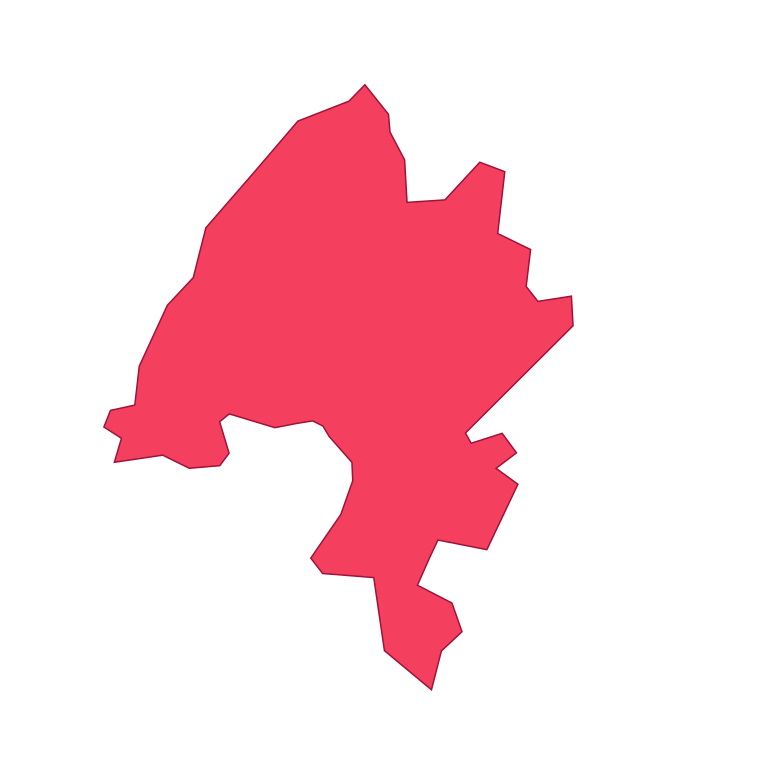 Andijan, Andijon, Uzbekistan, rotated 312°
{"feature_id": "79887680B74226906580742", "entity_name": "Andijan", "entity_type": "district", "adm_level": 2, "iso_a3": "UZB", "parent_name": "Uzbekistan", "parent_adm1": "Andijon", "projection": "robinson", "projection_center": [72.393, 40.799], "detail": "fine", "context": "isolated", "style": "filled", "palette": "rose", "viewbox_px": 768, "rotation_deg": 312, "n_neighbors": 0, "source": "geoboundaries", "source_scale": "gbopen_adm2", "svg_char_len": 879}
<svg xmlns="http://www.w3.org/2000/svg" viewBox="0 0 768 768"><g transform="rotate(312 384 384)"><path d="M593.6,169.6L570.8,168.7L521.8,144.1L454.0,145.8L380.9,147.1L335.4,171.1L297.6,170.3L233.5,190.2L201.6,212.9L181.4,198.4L164.6,204.6L168.0,225.2L145.4,236.0L183.0,267.1L191.1,295.7L213.4,316.6L228.9,315.2L246.0,287.1L258.2,289.0L278.6,332.2L296.0,345.3L308.8,355.6L311.9,366.7L308.3,378.3L304.3,412.6L291.2,425.5L258.2,439.2L205.6,446.1L202.1,465.2L233.3,505.9L186.1,562.8L188.5,623.9L224.0,605.3L252.1,607.7L266.7,581.1L256.8,543.5L284.6,534.4L304.1,528.5L329.7,571.3L399.1,550.6L396.3,523.7L421.5,528.5L426.4,504.8L398.3,488.4L402.1,477.3L553.8,485.5L574.7,464.5L548.4,443.1L551.6,424.4L582.0,403.0L571.9,367.8L622.6,331.7L612.9,306.8L561.6,306.1L534.4,279.6L564.4,249.3L575.3,219.8L587.4,206.9L593.6,169.6Z" fill="#f43f5e" stroke="#9f1239" stroke-width="1.5"/></g></svg>